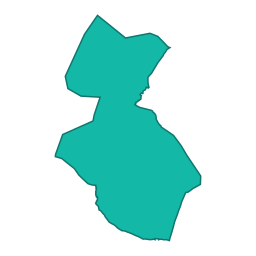 Augie, Kebbi, Nigeria (Equal Earth projection)
{"feature_id": "59680162B78681214723365", "entity_name": "Augie", "entity_type": "district", "adm_level": 2, "iso_a3": "NGA", "parent_name": "Nigeria", "parent_adm1": "Kebbi", "projection": "equal_earth", "projection_center": [4.617, 12.907], "detail": "fine", "context": "isolated", "style": "filled", "palette": "teal", "viewbox_px": 256, "rotation_deg": 0, "n_neighbors": 0, "source": "geoboundaries", "source_scale": "gbopen_adm2", "svg_char_len": 4412}
<svg xmlns="http://www.w3.org/2000/svg" viewBox="0 0 256 256"><path d="M177.6,213.8L178.6,210.6L180.4,206.2L181.6,201.9L183.4,197.8L185.7,192.6L187.2,192.2L188.0,192.1L189.0,191.5L189.8,190.9L193.1,188.4L195.9,186.9L200.4,184.4L200.7,176.0L187.7,156.6L187.3,156.1L181.2,145.8L173.5,135.4L162.1,127.6L161.7,127.6L161.5,127.4L161.2,126.9L161.1,126.3L160.7,125.7L160.2,125.4L160.0,125.0L159.5,124.9L158.9,123.9L158.4,123.1L157.5,121.8L156.9,120.4L156.2,119.4L156.1,118.8L156.1,118.4L156.2,117.8L156.1,117.0L155.9,115.9L155.6,114.9L155.0,114.2L154.6,113.4L153.3,112.4L152.8,111.8L152.6,111.2L152.1,110.7L151.8,110.5L151.6,110.4L139.7,107.4L135.0,104.9L135.0,104.2L135.4,104.3L135.6,104.1L135.8,103.9L135.9,103.3L135.7,102.8L135.9,102.5L136.1,102.4L136.3,101.9L136.6,101.8L137.0,101.8L137.5,101.8L137.7,101.4L138.1,100.9L138.3,100.5L138.7,100.8L139.3,100.4L139.7,99.8L140.0,99.8L140.5,99.5L140.7,99.3L140.9,99.0L141.0,97.9L141.0,96.8L141.1,96.0L141.3,95.5L140.8,95.4L140.4,95.2L140.2,94.8L140.3,94.2L140.4,93.8L140.8,93.5L141.4,93.1L142.0,92.9L142.3,93.5L142.6,93.4L142.9,93.4L142.9,92.3L143.1,91.3L143.8,90.4L144.5,90.2L144.9,90.1L145.1,89.7L145.4,89.5L145.6,89.0L146.0,88.5L146.2,88.0L146.1,87.6L146.1,87.3L146.3,87.3L146.6,87.5L147.1,87.4L147.4,87.4L147.7,87.3L148.0,87.2L148.1,87.6L148.1,88.0L148.4,88.0L149.0,87.5L148.5,85.5L148.0,83.2L147.9,77.5L147.9,77.2L151.5,73.3L158.0,62.5L163.2,55.6L163.7,54.2L165.6,51.8L167.0,49.4L169.2,48.1L169.9,47.6L167.7,46.7L164.0,42.7L157.8,36.4L150.0,33.3L125.5,38.0L97.5,15.4L84.6,34.1L73.8,57.7L65.3,76.3L67.9,88.6L81.0,96.1L100.1,97.2L94.2,114.9L93.0,121.0L62.7,134.5L55.6,154.3L55.3,156.6L61.8,158.5L66.3,162.2L74.4,168.6L78.9,175.1L82.4,178.5L88.0,183.7L90.4,184.5L92.3,185.0L95.6,185.3L95.5,185.5L95.5,185.8L95.6,186.0L95.8,186.2L95.9,186.3L96.0,186.4L96.1,186.5L96.0,186.8L96.0,187.0L96.1,187.4L96.1,187.5L96.0,187.8L96.0,188.1L96.3,188.1L96.5,188.3L96.4,188.4L96.4,188.6L96.3,188.9L96.3,189.1L96.2,189.3L96.1,189.5L96.2,189.8L96.2,190.0L96.1,190.3L96.1,190.5L96.0,190.8L95.9,191.0L95.9,191.3L95.9,191.5L95.7,191.7L95.7,191.9L95.8,192.1L96.0,192.3L96.0,192.5L95.9,192.7L95.9,192.8L95.7,193.0L95.8,193.3L95.8,193.5L95.8,193.9L95.9,194.1L95.8,194.4L95.8,194.6L95.9,194.8L96.0,195.1L95.9,195.2L96.0,195.3L96.3,195.4L96.4,195.5L96.3,195.8L96.4,196.1L96.4,196.3L96.5,196.3L96.5,196.5L96.4,196.6L96.3,196.8L96.5,197.1L96.8,197.2L97.0,197.1L97.1,196.8L97.3,196.9L97.3,197.0L97.5,197.1L97.6,197.4L97.6,197.5L97.6,197.8L97.5,198.1L97.5,198.4L97.5,198.5L97.5,198.8L97.4,198.8L97.4,199.0L97.3,199.4L97.3,199.6L97.4,199.8L97.4,200.0L97.2,200.3L97.2,200.5L97.1,200.8L96.8,200.9L96.7,200.9L96.6,201.0L96.4,201.2L96.4,201.4L96.4,201.6L96.4,201.9L96.3,202.2L96.3,202.3L96.2,202.6L96.1,202.8L95.9,202.9L95.7,203.0L96.0,204.0L98.4,206.4L98.7,208.2L99.0,209.2L99.1,210.0L99.6,210.2L100.1,210.4L100.5,210.7L100.7,210.8L100.9,210.9L101.2,211.3L101.7,211.9L102.1,212.5L102.6,213.0L103.0,213.6L103.4,214.0L104.0,214.5L104.3,214.9L104.5,215.1L104.7,215.5L104.8,215.9L105.1,216.5L105.5,217.2L106.5,218.5L107.3,219.5L107.9,220.3L108.4,221.0L108.8,221.5L109.1,221.9L109.6,222.4L110.2,222.7L110.7,223.0L111.6,223.6L113.0,224.2L114.1,224.8L115.2,225.7L116.1,226.5L116.8,227.2L117.5,227.9L118.1,228.3L118.7,228.7L119.0,229.0L119.6,229.3L120.4,229.8L121.0,230.1L121.4,230.3L121.7,230.5L122.0,230.7L122.3,230.7L122.5,230.8L122.9,230.8L123.4,230.8L123.8,230.8L124.2,230.9L124.5,231.0L124.9,231.0L125.2,231.1L125.6,231.3L126.0,231.4L126.3,231.6L126.7,231.8L127.1,231.9L127.4,232.1L127.9,232.2L128.2,232.3L128.5,232.4L129.0,232.6L129.4,232.7L129.6,232.8L130.2,233.1L130.8,233.3L132.5,234.0L133.6,234.6L135.8,235.6L136.8,236.0L137.1,236.1L137.4,236.2L138.1,236.4L140.9,237.9L141.7,238.3L142.4,238.8L142.7,238.9L142.9,239.0L143.3,239.1L144.2,239.0L144.7,239.0L145.5,239.0L146.1,239.1L146.6,239.2L147.4,239.3L148.1,239.4L148.6,239.5L148.9,239.6L149.2,239.6L149.6,239.6L150.1,239.7L150.5,239.6L151.0,239.6L151.4,239.5L151.9,239.5L152.3,239.4L152.7,239.3L153.0,239.3L153.3,239.2L153.6,239.2L154.0,239.3L154.4,239.4L154.8,239.6L155.1,239.7L155.1,238.6L155.9,238.7L156.3,238.7L158.6,238.9L158.6,239.7L159.2,239.5L159.9,239.3L160.8,239.2L161.6,239.3L162.2,239.4L162.9,239.5L163.5,239.7L164.2,239.8L164.9,239.7L165.9,239.7L166.5,239.8L167.3,239.9L167.9,240.1L168.3,240.2L169.0,240.5L169.4,240.6L169.9,238.2L171.2,234.2L173.3,226.9L174.8,221.2L177.6,213.8Z" fill="#14b8a6" stroke="#0f766e" stroke-width="1.5"/></svg>